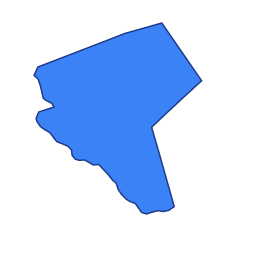 Lajes Pintadas, Rio Grande do Norte, Brazil (Natural Earth projection), rotated 252°
{"feature_id": "56859067B10591295929522", "entity_name": "Lajes Pintadas", "entity_type": "district", "adm_level": 2, "iso_a3": "BRA", "parent_name": "Brazil", "parent_adm1": "Rio Grande do Norte", "projection": "natural_earth1", "projection_center": [-36.154, -6.15], "detail": "fine", "context": "isolated", "style": "filled", "palette": "blue", "viewbox_px": 256, "rotation_deg": 252, "n_neighbors": 0, "source": "geoboundaries", "source_scale": "gbopen_adm2", "svg_char_len": 737}
<svg xmlns="http://www.w3.org/2000/svg" viewBox="0 0 256 256"><g transform="rotate(252 128 128)"><path d="M150.2,212.6L217.4,192.6L218.9,154.0L218.4,146.1L215.2,86.3L213.9,61.2L207.1,54.9L202.4,57.6L195.2,57.7L182.4,56.6L179.2,58.9L175.0,63.2L170.8,64.1L170.8,48.1L165.7,43.6L162.3,43.4L156.5,45.1L152.2,48.3L147.6,52.3L140.6,54.7L136.9,56.2L129.6,65.0L124.7,67.5L119.1,66.4L114.7,68.2L112.4,71.5L111.0,76.8L107.4,80.2L103.6,83.5L102.3,88.9L90.2,94.6L83.2,97.2L79.1,99.7L72.4,99.7L67.1,101.2L60.7,104.4L57.5,107.2L54.0,111.6L43.4,114.9L40.6,119.0L40.4,126.7L40.1,131.1L37.7,135.6L37.1,141.5L39.0,147.7L93.4,149.8L121.4,150.7L129.8,168.2L135.4,180.4L138.6,187.1L150.2,212.6Z" fill="#3b82f6" stroke="#1e3a8a" stroke-width="1.5"/></g></svg>